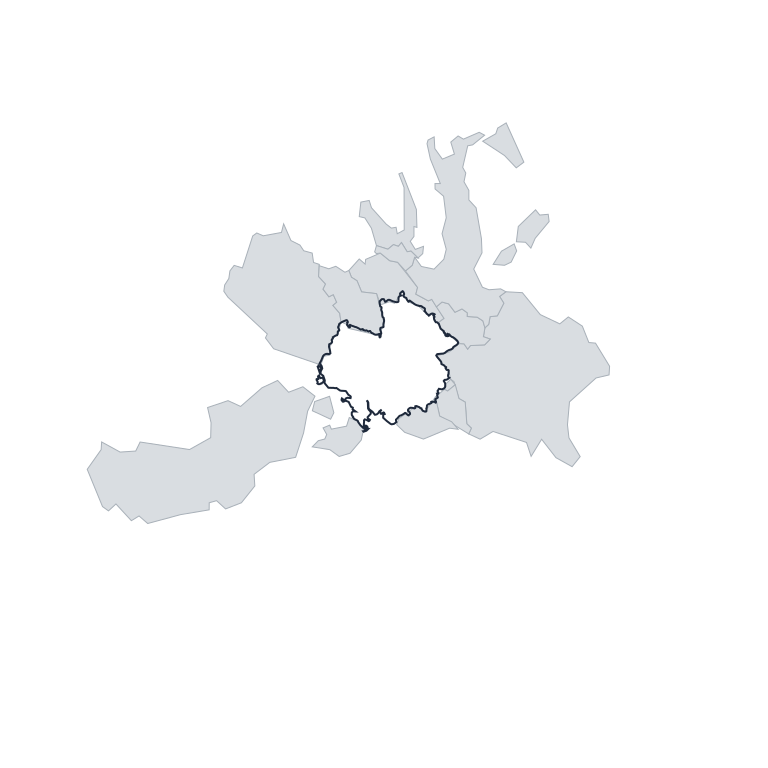 Germany highlighted, Natural Earth projection, rotated 221°
{"feature_id": "DEU", "entity_name": "Germany", "entity_type": "country or territory", "adm_level": 0, "iso_a3": "DEU", "parent_name": "Europe", "parent_adm1": "", "projection": "natural_earth1", "projection_center": [10.44, 51.169], "detail": "fine", "context": "with_neighbors", "style": "outline", "palette": "slate", "viewbox_px": 768, "rotation_deg": 221, "n_neighbors": 13, "source": "natural_earth", "source_scale": "50m", "svg_char_len": 11481}
<svg xmlns="http://www.w3.org/2000/svg" viewBox="0 0 768 768"><g transform="rotate(221 384 384)"><path d="M336.7,431.3L343.1,435.9L362.8,439.2L355.7,451.2L353.8,463.8L350.0,466.8L343.7,465.2L344.0,469.7L333.7,479.6L333.3,487.6L340.0,484.9L344.7,492.6L344.1,497.7L348.1,504.4L343.2,509.8L346.6,523.6L354.2,525.9L352.5,533.6L339.5,543.7L311.6,538.9L290.8,544.7L288.9,555.5L272.3,557.8L256.6,549.7L251.2,553.6L225.4,545.4L220.1,538.5L227.9,527.7L232.3,492.2L218.8,473.6L209.1,464.7L188.3,457.9L187.8,445.0L205.9,441.2L228.8,445.7L225.5,425.9L238.1,433.4L270.6,419.7L275.3,405.4L287.3,401.9L289.1,408.0L295.4,408.3L310.8,423.6L317.9,422.2L332.7,431.7L336.7,431.3ZM370.9,552.7L380.1,545.9L382.5,561.3L377.7,575.1L371.2,571.5L368.0,559.4L370.9,552.7Z" fill="#d9dde1" stroke="#a8b0b8" stroke-width="1"/><path d="M402.6,270.7L418.8,249.9L422.8,230.6L414.6,222.3L413.7,200.8L421.6,185.8L433.8,186.1L438.0,179.7L433.4,174.3L451.8,152.0L470.8,123.7L482.3,123.7L485.0,115.1L507.6,117.6L508.7,107.5L516.0,106.8L552.0,124.9L554.4,148.9L559.1,155.0L538.5,159.5L527.4,170.5L530.0,180.2L487.8,206.9L479.6,229.8L489.1,241.3L501.7,250.5L490.8,269.1L477.5,273.0L473.6,301.1L466.6,316.9L450.6,315.2L443.4,328.7L428.1,329.5L423.8,313.4L412.6,294.3L402.6,270.7Z" fill="#d9dde1" stroke="#a8b0b8" stroke-width="1"/><path d="M569.2,354.2L570.3,361.8L574.5,368.3L574.9,375.2L567.0,378.7L580.2,409.6L579.1,414.5L572.4,416.6L560.8,431.1L564.8,439.0L548.3,431.2L538.6,433.7L532.0,431.9L524.1,435.7L516.9,429.5L511.3,431.8L503.9,422.2L493.7,421.1L492.2,415.6L482.8,413.7L480.9,418.2L473.3,414.6L474.1,409.8L463.8,408.3L457.3,402.7L451.5,391.6L452.4,385.6L448.9,376.3L443.9,370.2L447.5,365.6L444.2,356.9L490.4,338.2L503.7,341.0L504.9,345.2L558.7,347.1L565.7,348.9L569.2,354.2Z" fill="#d9dde1" stroke="#a8b0b8" stroke-width="1"/><path d="M485.0,446.6L484.7,462.1L476.9,462.1L479.6,466.0L472.7,480.4L460.6,480.8L453.6,484.8L422.0,478.9L418.9,472.7L405.1,475.8L403.5,479.2L381.7,472.9L383.3,465.5L387.5,464.5L394.5,469.4L396.5,464.7L408.7,465.5L418.6,462.3L425.3,462.9L429.7,466.5L430.9,463.5L428.8,452.0L433.8,449.7L438.5,441.6L448.9,447.3L461.3,438.8L472.1,444.2L478.6,443.2L485.0,446.6Z" fill="#d9dde1" stroke="#a8b0b8" stroke-width="1"/><path d="M480.5,483.5L495.7,493.3L507.4,496.8L512.5,494.1L520.8,506.1L515.6,512.8L509.1,508.8L487.3,506.1L480.7,506.5L477.7,510.2L472.6,506.1L469.8,513.5L497.8,545.5L510.6,552.3L509.1,555.4L474.1,537.0L461.9,523.8L464.7,522.5L458.2,515.0L457.8,508.9L448.7,506.1L444.5,513.8L440.3,507.8L441.0,501.4L450.8,502.0L453.3,499.0L463.6,502.2L463.5,497.3L468.3,495.4L469.5,488.3L480.5,483.5Z" fill="#d9dde1" stroke="#a8b0b8" stroke-width="1"/><path d="M383.3,465.5L381.7,472.9L395.1,476.6L394.0,483.9L387.8,486.9L377.5,484.7L374.4,491.8L367.8,492.4L365.4,489.6L357.5,495.6L350.7,496.5L344.7,492.6L340.0,484.9L333.3,487.6L333.7,479.6L344.0,469.7L343.7,465.2L350.0,466.8L353.8,463.8L365.6,463.9L368.5,460.1L383.3,465.5Z" fill="#d9dde1" stroke="#a8b0b8" stroke-width="1"/><path d="M334.9,419.7L337.6,423.7L336.7,431.3L329.7,430.2L331.4,420.4L334.9,419.7Z" fill="#d9dde1" stroke="#a8b0b8" stroke-width="1"/><path d="M336.7,407.9L334.9,419.7L331.4,420.4L329.7,430.2L317.9,422.2L310.8,423.6L295.4,408.3L289.1,408.0L287.3,401.9L320.9,396.3L336.7,407.9Z" fill="#d9dde1" stroke="#a8b0b8" stroke-width="1"/><path d="M347.7,361.6L350.1,367.4L346.5,383.2L343.0,389.7L334.8,389.7L336.7,407.9L320.9,396.3L308.2,399.9L298.3,398.5L305.5,393.7L318.1,368.3L336.6,361.1L347.7,361.6Z" fill="#d9dde1" stroke="#a8b0b8" stroke-width="1"/><path d="M395.1,476.6L403.5,479.2L405.1,475.8L418.9,472.7L422.0,478.9L442.0,483.4L440.6,492.2L444.1,499.8L432.9,497.2L421.6,503.5L420.7,517.4L425.4,526.5L438.8,535.5L446.1,550.3L462.2,564.8L473.4,564.7L477.0,568.7L473.0,572.2L496.6,584.2L509.2,593.6L510.8,597.0L508.3,603.4L500.1,595.0L487.5,592.0L481.7,603.7L492.3,610.4L490.8,619.8L484.7,620.9L477.3,636.4L471.3,637.8L474.0,622.6L477.1,618.7L466.7,599.1L460.7,596.9L456.3,589.1L447.0,585.8L440.7,578.6L430.1,577.4L405.8,557.6L396.1,547.3L391.7,529.6L373.2,521.6L366.6,524.0L358.4,532.3L352.5,533.6L354.2,525.9L346.6,523.6L343.2,509.8L348.1,504.4L344.1,497.7L344.7,492.6L350.7,496.5L357.5,495.6L365.4,489.6L367.8,492.4L374.4,491.8L377.5,484.7L387.8,486.9L394.0,483.9L395.1,476.6ZM443.0,635.5L468.8,632.0L463.8,646.2L466.1,651.8L463.1,661.2L424.0,643.2L426.0,633.9L443.0,635.5ZM370.2,583.8L377.4,578.2L386.0,591.0L383.9,614.9L377.3,613.7L371.4,619.8L366.0,615.0L365.5,593.2L362.3,582.9L370.2,583.8Z" fill="#d9dde1" stroke="#a8b0b8" stroke-width="1"/><path d="M388.2,335.9L379.7,338.5L369.7,336.3L364.4,326.8L364.2,309.5L370.3,299.9L381.8,298.9L396.9,289.5L396.4,298.1L392.6,303.6L394.1,308.3L401.2,310.9L398.0,317.3L394.1,315.4L384.6,327.6L388.2,335.9ZM420.5,316.8L424.8,325.3L417.0,339.0L403.0,329.4L401.2,322.4L420.5,316.8Z" fill="#d9dde1" stroke="#a8b0b8" stroke-width="1"/><path d="M442.0,483.4L453.6,484.8L460.6,480.8L472.7,480.4L475.3,477.4L477.7,477.6L480.5,483.5L469.5,488.3L468.3,495.4L463.5,497.3L463.6,502.2L453.3,499.0L450.8,502.0L441.0,501.4L444.1,499.8L440.6,492.2L442.0,483.4Z" fill="#d9dde1" stroke="#a8b0b8" stroke-width="1"/><path d="M457.3,402.7L463.8,408.3L474.1,409.8L473.3,414.6L480.9,418.2L482.8,413.7L492.2,415.6L493.7,421.1L503.9,422.2L510.5,430.8L501.3,434.7L497.6,441.2L486.8,442.7L485.0,446.6L478.6,443.2L472.1,444.2L461.3,438.8L448.9,447.3L423.6,429.9L419.6,417.3L447.6,402.5L451.2,404.5L457.3,402.7Z" fill="#d9dde1" stroke="#a8b0b8" stroke-width="1"/><path d="M382.3,465.5L377.6,462.9L373.4,463.1L372.7,462.3L372.2,462.1L371.7,462.4L371.3,462.4L369.8,461.2L369.2,461.0L368.3,461.2L367.3,461.8L366.8,462.6L366.9,463.0L367.5,463.2L368.9,463.1L369.1,463.2L369.1,463.5L367.8,463.9L367.5,464.2L367.2,464.3L365.8,464.0L364.0,464.0L362.5,464.6L360.2,464.8L357.0,464.7L355.2,464.0L354.7,462.8L354.8,461.1L355.6,458.7L355.9,457.0L355.5,455.9L356.0,454.3L357.3,452.1L358.1,449.9L358.5,447.4L359.2,445.9L360.3,444.8L363.4,441.5L363.3,439.9L361.5,439.3L356.1,438.4L355.0,438.0L353.9,436.8L353.3,436.8L352.1,437.2L350.5,437.5L349.4,437.2L348.6,437.3L348.2,437.5L348.0,437.3L347.8,436.3L346.3,435.8L345.7,435.9L345.3,436.4L344.7,436.8L344.1,436.7L341.9,433.9L341.8,433.4L341.4,432.6L340.4,431.7L339.3,431.4L338.8,431.5L338.9,430.5L339.3,429.0L339.7,428.2L340.3,427.5L340.8,427.1L341.0,426.3L340.9,425.5L338.7,424.8L337.8,424.2L336.2,422.4L335.8,421.4L335.8,420.3L336.0,419.5L336.8,417.9L339.4,416.4L339.1,415.0L339.1,414.1L338.5,413.5L337.2,413.2L336.9,412.8L336.8,412.4L337.7,411.5L336.6,410.8L336.2,410.1L334.6,409.2L334.5,408.9L335.3,406.2L334.7,405.4L334.0,405.0L333.2,404.8L332.9,404.4L332.7,404.0L332.9,403.7L333.9,403.8L336.5,401.9L336.6,401.6L335.8,401.4L335.8,400.6L337.0,398.3L337.4,397.4L337.5,396.7L337.5,396.0L336.1,394.1L336.1,393.4L335.6,393.1L334.2,391.3L334.3,390.6L335.1,390.0L337.2,389.2L339.0,389.7L339.8,390.2L340.7,389.6L342.0,389.7L345.0,388.7L345.5,388.2L345.8,387.7L344.7,386.5L344.7,386.2L344.9,385.8L345.2,385.4L345.9,385.2L346.6,384.8L348.3,383.6L348.9,382.5L349.1,380.6L348.7,379.9L348.3,379.5L346.4,379.5L345.3,379.1L344.7,378.5L344.6,378.0L344.8,377.6L344.9,377.2L344.8,376.8L344.8,376.5L345.4,376.2L348.9,376.2L349.2,375.9L349.5,374.3L350.4,371.8L351.2,370.5L351.4,369.9L351.4,366.7L351.6,365.0L351.0,364.3L349.7,363.4L350.0,361.7L350.4,360.3L351.8,358.6L352.9,358.2L357.5,357.9L362.5,358.0L364.6,360.5L363.8,361.8L365.1,362.4L365.7,362.2L366.1,361.1L366.4,359.8L366.9,359.5L368.4,360.4L369.0,361.0L369.0,363.1L369.6,360.3L369.2,358.3L369.5,356.5L370.1,355.5L370.7,354.8L374.4,355.5L378.6,355.2L380.1,355.9L383.6,359.6L384.8,360.2L386.3,360.3L384.2,359.6L380.0,355.1L378.7,354.6L376.8,354.4L375.5,354.0L374.8,353.3L374.5,352.7L374.6,348.2L373.9,347.6L373.0,347.3L372.4,347.6L371.1,347.7L370.9,346.6L371.2,345.9L373.6,345.4L375.3,344.7L375.3,343.5L374.3,342.5L373.1,340.8L371.7,339.2L371.6,337.3L374.7,337.4L378.4,338.3L379.3,338.9L380.5,338.9L382.6,338.3L384.1,338.1L384.7,338.4L385.8,338.6L385.8,338.9L387.8,339.4L388.6,340.1L389.5,341.2L389.6,342.8L388.4,343.9L387.5,344.6L391.1,344.3L392.0,345.7L394.0,345.2L398.9,347.3L401.9,346.3L402.7,346.2L403.4,347.9L402.6,349.6L400.0,351.4L400.6,352.5L401.4,352.8L403.9,352.5L407.9,353.6L408.7,353.3L411.9,350.8L413.1,350.2L417.3,349.8L418.1,348.8L419.8,347.8L420.9,346.8L423.5,344.7L429.5,345.7L431.1,347.9L435.2,350.3L438.8,350.1L440.2,352.4L440.8,355.2L442.0,356.1L443.0,356.7L446.1,357.3L446.7,360.3L448.3,365.0L448.3,366.5L447.8,368.1L446.8,369.4L445.5,370.2L444.8,371.0L444.6,372.0L446.4,373.6L449.9,376.0L451.4,378.0L450.7,379.7L450.5,380.9L450.8,381.7L451.4,382.3L452.3,382.8L452.6,383.6L452.5,384.6L452.7,385.2L453.3,385.7L453.0,386.6L452.3,388.8L451.4,390.1L451.7,391.1L452.5,392.4L453.1,393.0L453.3,393.6L452.9,395.0L453.1,395.4L455.6,396.5L456.0,396.9L456.3,398.0L457.2,400.1L456.5,402.9L455.9,404.4L454.4,407.3L454.0,407.7L453.4,407.7L452.5,407.4L451.9,407.0L452.0,406.0L451.6,405.9L451.1,405.3L450.9,404.6L450.4,404.3L447.8,403.9L447.3,404.0L447.0,404.5L447.6,405.3L448.6,406.0L448.5,406.3L446.3,406.9L444.8,407.6L443.5,408.0L442.2,408.7L439.5,409.4L437.5,409.7L437.1,409.9L436.4,411.2L435.9,411.5L435.1,411.1L434.6,411.3L434.1,411.7L433.6,411.9L433.2,411.9L432.4,413.0L430.2,413.4L429.5,414.7L429.2,414.9L428.2,414.6L426.8,414.4L426.0,414.8L425.0,415.0L423.8,415.1L422.5,415.8L421.3,417.2L420.6,418.4L420.2,418.8L419.5,417.7L418.2,416.5L417.7,416.5L417.6,417.3L418.1,418.2L418.8,418.9L419.2,420.3L420.2,421.2L421.7,422.0L422.7,422.7L423.4,423.8L423.4,424.1L423.2,424.5L421.8,426.5L422.0,427.0L423.3,428.3L424.1,429.4L425.1,431.4L425.8,432.2L427.7,433.7L429.1,433.7L430.6,434.9L432.2,436.7L433.4,437.5L434.2,437.8L434.9,438.4L435.8,439.9L436.4,440.3L437.8,440.2L439.7,441.6L440.9,442.7L441.6,443.6L441.4,443.9L441.4,446.1L441.2,446.7L440.4,447.5L439.7,447.9L437.1,446.8L436.7,447.1L436.1,450.1L435.6,450.7L434.9,451.2L431.6,452.2L429.0,453.5L427.9,454.2L427.2,455.2L427.2,455.7L429.9,459.0L429.9,460.5L429.1,462.0L431.0,462.4L431.3,463.2L431.2,464.5L431.0,465.8L430.8,466.3L430.1,466.3L428.9,465.8L427.9,465.2L427.6,464.8L427.5,464.3L427.7,464.0L427.4,463.4L426.2,462.9L424.9,463.1L424.0,463.5L423.4,463.5L422.7,463.0L421.7,462.6L419.6,462.1L419.4,462.2L419.5,463.3L419.3,463.8L412.8,464.4L410.8,465.0L409.3,465.8L408.3,466.1L408.0,466.6L407.0,467.2L405.8,467.4L405.5,467.2L403.4,467.8L402.6,467.7L401.4,466.4L401.0,465.9L401.1,465.6L399.2,465.5L398.1,465.1L395.6,465.2L395.0,465.0L394.9,465.2L394.6,467.4L394.1,468.3L393.3,469.2L392.3,469.7L391.5,469.8L391.5,469.1L391.7,468.3L390.3,468.0L389.9,467.8L390.0,467.2L389.8,466.8L389.4,466.4L388.6,465.8L386.7,465.0L385.5,464.6L385.0,465.0L384.1,465.5L382.7,465.3L382.3,465.5ZM438.6,346.2L438.9,347.3L438.6,347.9L437.1,346.9L435.6,346.9L434.7,348.4L434.0,348.5L431.7,347.1L431.3,346.5L431.2,345.9L431.5,344.0L431.4,343.4L432.2,342.7L432.3,341.8L433.5,340.8L434.7,340.7L435.0,341.6L435.6,342.2L437.5,342.8L437.8,343.1L438.0,343.5L437.1,344.3L436.8,344.8L437.1,345.4L438.6,346.2ZM445.4,353.6L445.2,354.1L445.5,354.9L444.9,354.9L443.2,355.0L441.6,354.8L441.3,353.7L441.5,352.8L440.8,352.1L440.2,351.7L440.1,351.1L440.2,350.5L445.4,353.6ZM366.7,339.3L366.4,339.6L366.6,337.2L368.1,334.6L368.7,334.7L368.1,335.4L367.9,335.9L367.6,336.8L367.7,337.3L371.0,337.5L370.6,337.9L367.3,338.2L366.7,339.3ZM406.3,345.5L404.2,345.6L403.4,344.9L402.7,344.7L403.1,343.9L403.6,343.6L405.6,344.1L406.2,345.2L406.3,345.5ZM370.5,340.5L369.9,340.9L368.7,340.9L368.0,340.5L368.2,340.1L368.9,339.8L369.4,339.7L370.3,339.9L370.5,340.5Z" fill="none" stroke="#1e293b" stroke-width="2"/></g></svg>